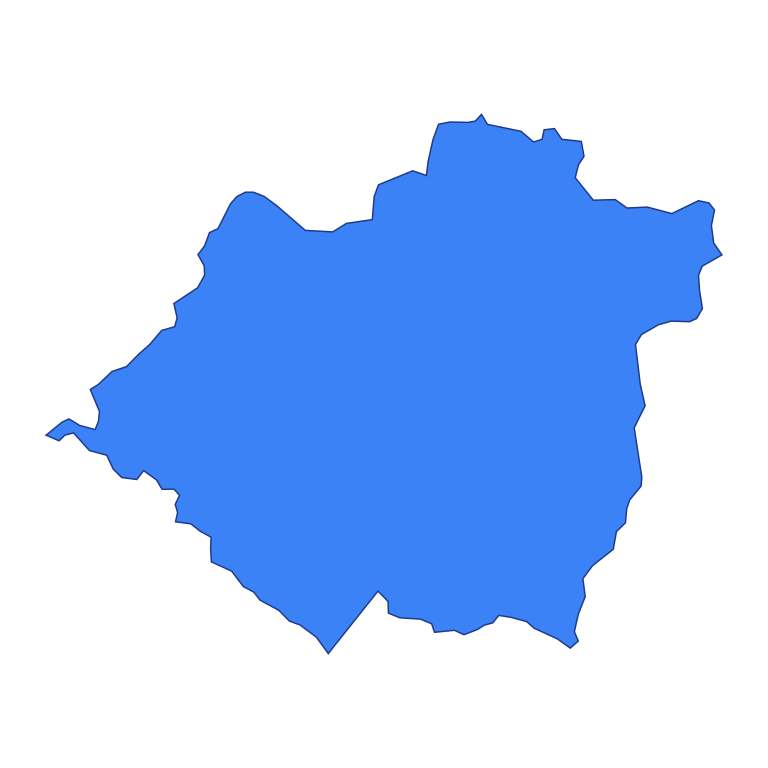 Caraá, Rio Grande do Sul, Brazil
{"feature_id": "56859067B89739893768390", "entity_name": "Caraá", "entity_type": "district", "adm_level": 2, "iso_a3": "BRA", "parent_name": "Brazil", "parent_adm1": "Rio Grande do Sul", "projection": "mercator", "projection_center": [-50.349, -29.77], "detail": "fine", "context": "isolated", "style": "filled", "palette": "blue", "viewbox_px": 768, "rotation_deg": 0, "n_neighbors": 0, "source": "geoboundaries", "source_scale": "gbopen_adm2", "svg_char_len": 1847}
<svg xmlns="http://www.w3.org/2000/svg" viewBox="0 0 768 768"><path d="M721.9,254.9L713.7,243.0L711.4,225.7L714.5,210.0L708.9,202.9L698.5,200.7L671.8,213.6L647.4,207.1L627.0,208.0L615.2,199.6L593.3,200.2L575.2,177.7L578.5,164.8L584.0,156.3L581.3,141.4L561.8,139.3L554.5,128.6L544.1,129.8L542.1,139.3L533.6,142.0L521.0,131.3L487.5,124.4L481.5,114.4L475.3,121.1L467.6,122.4L450.3,122.0L438.6,124.2L433.0,139.6L428.1,161.6L426.4,175.5L412.7,170.8L378.5,184.8L374.2,196.5L372.3,219.6L346.5,223.4L332.7,231.9L305.3,230.4L276.9,205.8L264.3,196.5L253.5,192.2L245.4,192.2L236.9,196.5L230.5,203.8L218.0,228.6L209.5,232.6L204.6,245.9L198.0,254.6L204.2,265.8L204.6,275.1L197.7,287.7L173.9,303.5L177.1,317.9L174.7,326.7L161.7,330.4L149.7,344.5L139.1,353.8L126.5,366.6L112.1,371.4L98.4,384.4L90.3,389.5L99.5,411.5L98.4,421.6L95.1,429.6L79.6,425.4L68.9,418.9L62.0,422.2L46.1,435.2L59.1,440.8L64.8,435.2L73.6,432.9L89.5,450.6L106.7,455.2L113.3,469.2L121.7,477.5L136.8,479.5L143.6,470.6L156.5,479.9L162.1,489.3L173.9,489.1L179.5,495.3L175.2,504.5L177.6,512.5L175.5,521.8L190.8,523.8L200.2,531.2L211.1,537.2L210.6,549.4L211.4,561.9L231.6,571.1L243.4,586.6L253.9,592.2L260.1,600.2L279.0,610.4L289.4,621.1L299.9,624.9L316.4,637.2L328.3,653.6L334.7,645.4L378.0,591.1L388.1,601.5L388.4,613.1L399.9,617.8L420.4,619.1L431.7,623.8L434.5,632.3L454.4,630.3L464.0,634.7L477.7,629.4L484.1,625.2L492.7,622.9L498.8,615.4L511.4,617.4L526.7,621.6L534.1,628.2L557.4,638.9L570.3,648.1L578.3,641.0L574.4,631.8L576.4,622.5L578.5,613.6L585.2,596.7L582.9,578.6L592.5,565.7L613.3,549.2L616.4,531.6L625.4,522.9L626.8,508.3L629.8,499.8L641.1,486.0L641.8,477.1L634.2,427.8L645.1,405.8L640.2,383.9L635.5,344.5L641.5,334.5L658.5,324.7L671.4,321.1L689.6,321.7L696.7,318.4L702.4,308.6L699.6,291.0L698.5,275.4L702.1,266.2L721.9,254.9Z" fill="#3b82f6" stroke="#1e3a8a" stroke-width="1.5"/></svg>